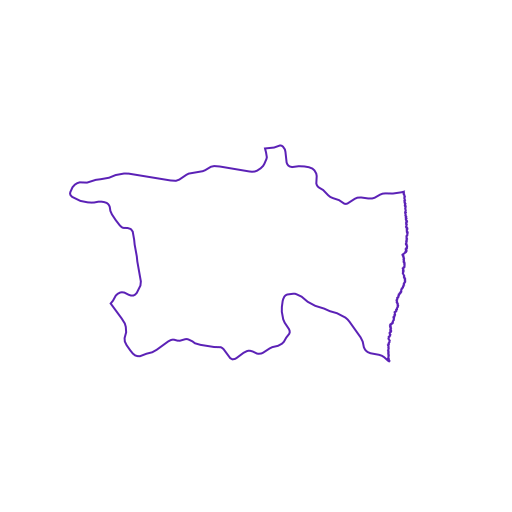 the district of Enriquillo, Barahona, Dominican Republic, rotated 324°
{"feature_id": "3306468B23311881925490", "entity_name": "Enriquillo", "entity_type": "district", "adm_level": 2, "iso_a3": "DOM", "parent_name": "Dominican Republic", "parent_adm1": "Barahona", "projection": "orthographic", "projection_center": [-71.267, 17.983], "detail": "fine", "context": "isolated", "style": "outline", "palette": "violet", "viewbox_px": 512, "rotation_deg": 324, "n_neighbors": 0, "source": "geoboundaries", "source_scale": "gbopen_adm2", "svg_char_len": 6153}
<svg xmlns="http://www.w3.org/2000/svg" viewBox="0 0 512 512"><g transform="rotate(324 256 256)"><path d="M413.2,290.8L411.0,289.9L403.4,285.9L397.5,281.4L395.1,280.0L392.5,279.3L386.2,278.6L383.7,277.7L380.7,275.5L375.4,270.4L372.3,268.4L369.6,267.8L360.8,267.3L359.3,266.7L358.2,265.6L356.0,259.6L352.2,254.3L350.8,251.9L350.1,249.3L349.1,242.1L347.2,237.7L346.8,236.1L346.9,234.4L347.4,232.8L352.1,227.0L353.2,224.7L353.6,221.1L353.0,218.4L351.0,215.3L347.8,212.0L343.4,208.5L337.5,205.3L335.9,203.4L335.3,201.8L335.3,200.1L335.7,198.4L341.0,189.1L342.0,186.8L342.1,183.4L341.6,181.9L340.5,180.7L334.4,178.9L326.5,174.3L325.0,178.1L322.8,182.5L321.4,183.7L317.0,186.3L314.7,187.3L311.3,187.8L307.0,187.6L304.6,186.9L302.3,185.5L300.2,183.6L279.3,162.3L275.1,158.7L272.0,157.3L265.3,156.7L262.8,156.1L250.0,149.8L247.5,149.4L238.8,149.1L235.4,148.1L231.2,144.6L201.3,114.4L197.7,111.7L190.0,108.0L183.1,106.3L175.5,102.6L171.1,100.2L162.4,97.3L156.7,92.8L154.2,92.0L151.4,91.8L148.0,92.5L143.3,95.2L142.2,96.3L141.7,97.8L142.0,100.1L146.3,108.2L151.4,113.7L154.3,116.1L156.5,117.6L160.6,119.5L162.8,121.1L164.8,123.1L166.4,125.3L166.9,127.1L166.9,128.8L166.5,130.4L164.7,133.9L163.9,137.6L163.6,144.5L163.8,151.2L164.3,153.8L165.1,155.2L168.6,157.9L170.4,160.4L170.6,161.2L170.6,163.8L167.0,171.2L164.5,175.5L159.3,186.3L156.8,190.6L147.9,208.9L145.1,212.0L137.8,215.8L135.3,216.2L133.6,215.9L131.6,214.5L130.2,212.5L128.0,208.2L126.2,206.5L124.6,205.7L121.9,205.3L119.3,205.6L114.0,208.1L110.5,209.0L110.6,227.6L110.2,233.5L109.0,236.8L106.1,241.4L101.4,245.2L99.6,248.1L98.9,252.1L98.8,258.4L99.0,262.5L99.8,265.4L101.3,267.4L103.3,268.9L110.0,270.7L115.5,272.9L120.5,273.5L134.7,273.5L137.5,273.9L139.1,274.5L140.4,275.4L142.7,278.3L144.6,279.8L149.8,281.7L151.2,282.5L152.2,283.7L154.4,287.7L155.3,290.7L158.9,295.3L168.6,305.0L173.9,309.1L174.6,310.6L175.0,312.3L175.1,323.5L176.2,325.8L178.5,326.9L180.3,327.1L189.0,327.0L192.7,327.6L194.4,328.3L195.7,329.4L197.2,331.3L199.5,335.6L200.7,336.7L203.0,338.0L204.9,338.4L212.7,338.8L215.6,339.3L221.0,341.6L225.4,342.2L228.1,341.8L232.5,339.8L237.1,338.5L238.4,337.6L239.3,336.1L239.7,334.4L240.0,326.8L240.8,323.2L244.1,316.3L247.0,312.4L251.1,308.1L252.6,306.9L255.1,305.5L256.8,305.2L258.6,305.5L264.1,308.5L265.4,309.5L266.3,310.8L269.0,315.7L270.9,323.4L274.6,331.1L280.2,338.6L283.3,344.0L287.9,349.9L292.1,358.3L292.8,361.2L293.0,364.1L292.8,383.3L292.0,388.0L289.6,393.3L289.2,395.9L289.4,397.7L289.9,399.4L291.4,401.9L297.5,408.3L299.2,410.7L300.2,413.2L301.3,418.4L302.1,420.2L302.1,418.7L302.4,418.7L302.4,417.2L302.8,417.2L302.8,416.5L303.2,416.5L303.2,416.1L304.2,415.3L304.2,415.0L304.9,414.6L304.9,413.8L305.6,413.5L305.6,412.7L306.4,412.3L306.4,411.6L307.1,411.2L307.1,410.5L307.4,410.5L307.8,409.7L308.1,409.7L308.5,409.0L309.2,408.6L309.2,407.9L309.9,407.5L310.3,406.0L310.6,406.0L310.6,405.6L311.3,405.6L311.3,405.3L312.0,404.9L312.0,404.5L313.5,404.1L313.8,403.4L314.5,403.0L314.5,400.8L315.2,400.4L315.6,399.7L316.3,399.7L316.3,399.3L317.7,399.3L318.1,398.5L318.4,398.5L318.4,397.4L319.1,397.0L319.1,396.7L320.2,396.7L320.2,396.3L320.9,396.3L320.9,395.5L321.3,395.5L321.3,395.2L321.6,395.2L321.6,394.4L322.0,394.4L322.3,393.7L322.7,393.7L322.7,392.9L323.0,392.9L323.0,392.2L323.4,392.2L323.4,391.4L323.8,391.4L323.8,391.1L324.5,390.7L324.5,390.3L325.2,390.3L325.2,390.7L327.0,390.7L327.3,389.9L328.0,389.9L328.4,389.2L329.8,388.8L329.8,388.5L330.5,388.1L330.5,387.7L331.2,387.3L331.2,386.6L331.6,386.6L331.6,386.2L332.6,386.2L333.0,385.5L333.4,385.5L333.4,385.1L334.1,385.1L335.1,382.9L335.8,382.9L335.8,383.2L336.2,383.2L336.2,382.9L337.3,382.9L337.6,382.1L338.3,382.1L338.3,381.7L339.0,381.7L339.4,381.0L340.8,380.6L340.8,380.2L341.5,379.9L341.5,379.5L341.9,379.5L342.2,378.0L342.6,378.0L342.6,376.5L342.9,376.5L342.9,375.8L343.7,375.4L343.7,374.3L345.1,373.9L345.4,373.1L346.1,373.1L346.1,372.8L347.2,372.8L347.6,372.0L348.3,372.0L348.6,371.3L349.3,371.3L349.3,370.9L350.8,370.9L350.8,370.5L351.8,370.5L351.8,370.2L352.5,370.2L352.5,369.8L353.2,369.4L353.6,368.7L355.0,368.3L355.0,367.9L356.4,367.9L356.8,367.2L357.5,367.2L357.9,366.4L358.6,366.4L358.6,366.1L359.3,365.7L359.3,365.3L360.7,364.9L360.7,364.6L361.4,364.6L361.8,363.8L362.1,363.8L362.1,363.1L362.8,362.7L362.8,361.9L363.2,361.9L363.2,360.5L363.5,360.5L363.5,359.7L364.2,359.3L364.6,356.3L365.3,356.0L365.3,355.6L366.0,355.2L366.0,354.9L366.4,354.9L366.4,354.5L366.7,354.5L366.7,353.7L367.4,353.4L367.4,352.6L367.8,352.6L367.8,352.2L369.2,352.2L369.2,351.9L369.9,351.9L370.3,351.1L371.0,350.7L371.0,350.0L371.7,349.6L371.7,348.5L372.1,348.5L372.1,347.8L372.4,347.8L372.4,347.0L373.1,346.6L373.1,345.9L373.5,345.9L373.8,345.1L374.2,345.1L374.5,343.6L374.9,343.6L374.9,342.2L375.3,342.2L375.3,341.4L375.6,341.4L375.6,341.0L379.2,341.0L379.2,340.7L379.9,340.7L379.9,340.3L380.6,340.3L380.6,339.9L380.9,339.9L380.9,339.2L381.3,339.2L381.3,338.4L382.4,338.4L382.4,338.0L383.1,338.0L383.4,337.3L384.1,336.9L384.1,335.1L384.5,335.1L384.5,334.7L384.8,334.7L384.8,333.9L385.6,333.6L385.9,332.8L386.3,332.8L386.3,332.4L387.0,332.1L387.0,331.7L387.3,331.7L387.7,331.0L388.0,331.0L388.0,330.6L388.4,330.6L388.8,329.1L389.5,328.7L389.5,328.3L390.9,328.0L391.2,327.2L391.9,326.8L391.9,326.1L392.3,326.1L392.3,325.4L392.7,325.4L392.7,324.2L393.7,323.5L393.7,323.1L394.1,323.1L394.1,322.7L394.4,322.7L394.4,322.0L394.8,322.0L394.8,321.6L394.4,321.6L394.4,321.2L394.8,321.2L394.8,320.5L395.1,320.5L395.5,319.8L396.2,319.4L396.2,318.6L396.6,318.6L396.6,317.9L397.3,317.5L397.3,317.1L398.0,317.1L398.0,316.8L398.3,316.8L398.3,316.0L398.7,316.0L398.7,314.5L399.4,314.2L399.4,313.8L399.8,313.8L399.7,313.0L400.5,312.7L400.5,311.9L400.8,311.9L400.8,310.8L401.5,310.4L401.9,308.9L402.6,308.9L402.6,308.5L402.9,308.5L402.9,307.8L404.0,307.1L404.4,305.6L404.7,305.6L405.1,304.8L405.8,304.4L405.8,303.7L406.1,303.7L406.1,302.9L406.5,302.9L406.5,302.2L407.2,301.8L407.2,301.5L407.6,301.5L407.6,300.3L407.9,300.3L408.3,298.8L409.0,298.8L409.0,298.1L409.7,297.7L410.0,296.2L410.8,295.9L411.1,295.1L411.5,295.1L411.8,292.9L412.2,292.9L412.2,292.1L412.9,291.7L412.9,291.0L413.2,290.8Z" fill="none" stroke="#5b21b6" stroke-width="2"/></g></svg>